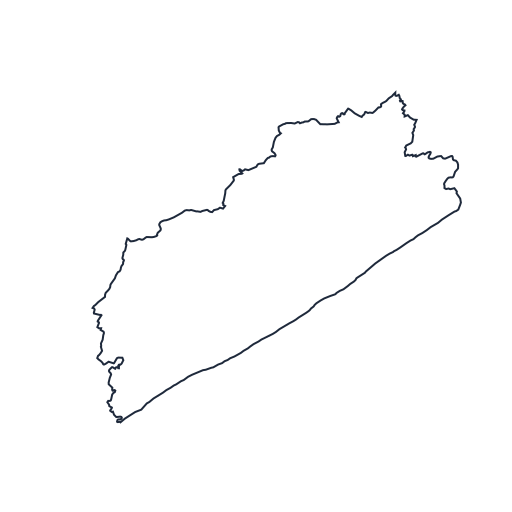 outline of Farafangana, Atsimo-Atsinanana, Madagascar, rotated 49°
{"feature_id": "10022922B75046296685916", "entity_name": "Farafangana", "entity_type": "district", "adm_level": 2, "iso_a3": "MDG", "parent_name": "Madagascar", "parent_adm1": "Atsimo-Atsinanana", "projection": "equal_earth", "projection_center": [47.638, -22.832], "detail": "fine", "context": "isolated", "style": "outline", "palette": "slate", "viewbox_px": 512, "rotation_deg": 49, "n_neighbors": 0, "source": "geoboundaries", "source_scale": "gbopen_adm2", "svg_char_len": 6013}
<svg xmlns="http://www.w3.org/2000/svg" viewBox="0 0 512 512"><g transform="rotate(49 256 256)"><path d="M224.1,43.7L224.3,46.8L224.6,48.3L224.1,52.4L224.5,56.0L224.2,57.8L223.7,59.5L223.4,61.6L223.5,62.2L224.9,63.1L225.3,63.6L225.0,65.2L224.2,66.1L224.6,70.5L224.6,73.5L224.4,74.3L222.4,76.0L221.5,77.7L219.2,78.7L219.0,79.1L220.1,81.5L220.0,83.5L220.4,85.0L218.1,86.1L213.1,87.9L208.6,88.6L205.4,89.6L205.2,89.8L206.5,95.4L207.1,96.1L206.9,96.7L206.1,97.1L205.1,96.9L204.7,97.2L204.4,97.9L204.5,98.9L205.7,100.7L205.4,102.0L204.3,102.3L204.3,103.1L204.6,104.1L205.1,104.8L209.3,105.9L208.6,106.9L207.9,109.9L203.5,115.7L198.7,121.0L192.6,121.3L190.7,122.4L189.9,123.3L188.9,124.6L188.8,127.5L188.6,128.4L186.5,131.0L186.1,132.8L185.4,133.7L184.9,135.2L184.6,135.8L183.3,135.8L182.3,136.6L181.4,139.9L178.7,142.2L175.8,145.7L175.3,146.6L175.3,147.3L174.4,149.1L173.4,153.7L173.6,154.5L176.3,156.5L178.7,157.1L179.7,156.8L179.8,158.8L179.2,161.5L179.6,163.7L181.6,167.6L185.1,172.1L185.8,174.2L186.6,174.9L187.5,175.2L190.5,174.6L192.4,174.9L193.0,175.3L193.3,176.2L191.7,177.7L190.6,179.3L190.3,180.4L190.3,181.8L189.8,182.6L189.8,183.4L190.1,185.8L191.1,189.2L188.5,193.1L188.1,194.2L188.3,195.6L188.9,197.2L186.2,205.4L183.4,207.4L183.4,209.0L182.8,210.7L179.9,211.3L179.7,211.7L180.9,212.4L184.7,212.2L184.6,212.8L182.7,215.4L181.5,221.5L184.0,222.7L184.5,223.3L185.6,228.8L186.0,234.9L186.4,236.0L188.5,238.1L193.2,244.2L194.1,246.3L194.9,246.2L196.0,247.3L198.0,246.5L198.6,249.8L195.9,251.5L195.6,254.1L193.8,257.6L194.1,260.3L192.6,261.6L191.8,261.7L191.1,262.2L189.5,262.3L188.9,262.9L186.8,267.0L186.3,268.9L183.7,271.1L183.2,271.8L178.9,274.6L178.3,275.4L177.9,276.3L175.8,278.3L175.0,280.0L174.8,283.5L172.9,292.7L171.2,297.8L170.1,300.3L168.9,302.0L168.4,303.3L168.0,304.6L167.8,306.1L168.5,308.1L169.1,308.7L172.7,309.8L173.7,310.7L174.0,311.5L174.0,314.9L175.0,316.8L175.6,317.0L175.7,317.9L174.7,320.4L173.6,322.2L170.0,326.0L169.7,327.2L169.6,329.5L169.3,330.8L168.7,331.6L166.6,332.9L166.0,334.2L165.6,336.0L164.4,338.6L162.8,340.9L161.7,341.2L159.0,341.3L158.3,341.6L161.4,346.4L162.3,346.4L162.7,346.7L165.6,350.6L166.1,351.6L166.3,353.8L168.0,355.4L169.9,358.2L171.0,358.6L172.0,358.3L172.8,358.7L173.5,360.4L174.1,360.8L174.9,361.8L175.3,364.0L176.1,365.5L177.5,367.2L178.1,369.0L177.6,370.8L178.7,374.4L180.3,377.2L181.9,383.9L182.3,384.8L183.9,386.6L184.6,388.3L184.9,390.1L185.2,393.6L186.2,395.3L187.8,396.8L187.3,405.3L187.6,409.4L187.4,411.2L188.0,413.4L189.5,412.6L190.7,413.0L192.4,415.6L193.1,416.0L197.8,412.7L198.7,411.6L199.3,411.5L201.1,417.8L201.6,418.5L203.0,418.1L203.5,418.4L205.6,422.4L207.6,421.9L208.9,420.3L209.9,421.8L213.0,420.7L213.8,420.9L214.7,421.7L215.4,423.0L218.6,426.7L220.3,430.4L222.4,431.9L222.7,432.6L226.6,434.4L227.4,437.0L227.8,439.3L227.7,440.6L228.9,442.8L230.7,442.7L233.7,442.0L235.9,441.9L237.5,442.3L238.2,442.0L238.7,440.3L239.1,436.6L243.7,433.8L243.7,433.3L241.9,428.0L242.3,426.6L245.1,423.6L247.6,424.5L249.0,427.9L249.1,428.8L249.0,429.7L248.5,430.1L248.1,430.9L248.3,431.4L248.8,431.0L249.7,432.2L250.8,433.1L250.3,433.6L249.2,433.2L248.3,434.5L248.2,435.1L248.8,436.2L248.7,436.3L245.8,437.2L245.4,437.7L245.6,440.8L245.8,441.7L246.3,442.4L247.1,442.7L249.2,442.6L250.4,443.1L252.0,446.2L254.8,450.2L256.2,451.3L261.1,450.8L262.3,452.1L263.3,452.6L263.7,452.5L264.1,451.0L264.6,450.6L265.3,450.5L266.1,451.9L265.8,453.5L266.2,455.4L268.9,459.0L269.7,460.3L269.7,460.8L269.2,461.7L268.4,462.6L268.8,464.1L271.7,464.4L273.1,465.2L275.8,464.2L276.3,464.9L276.9,467.4L277.3,467.6L279.2,467.1L279.6,466.1L282.7,467.3L285.9,467.1L288.2,463.8L289.1,463.2L289.9,463.3L290.4,463.9L290.5,464.7L290.2,465.6L288.9,467.3L288.9,468.1L289.7,469.4L290.2,469.6L290.7,469.3L291.9,467.4L292.6,467.4L292.7,461.6L294.5,449.5L296.7,443.4L295.6,435.1L296.2,432.3L296.3,426.8L298.1,415.9L298.4,411.6L299.4,407.0L299.8,403.0L300.5,400.6L301.3,394.7L302.2,391.9L302.6,386.5L303.7,382.1L307.4,370.9L308.9,368.5L311.0,363.1L312.0,361.3L313.1,355.7L314.6,351.9L314.8,348.7L315.9,345.6L316.2,342.6L317.7,338.2L319.2,331.0L319.4,327.6L320.4,322.7L320.5,319.8L320.9,315.7L322.2,310.2L322.6,306.7L325.8,294.5L326.4,290.8L326.6,286.3L328.7,274.9L329.7,270.6L330.2,267.4L330.4,264.2L331.8,255.4L332.1,252.4L332.1,250.9L331.7,249.0L331.9,245.6L331.4,243.9L331.3,241.4L332.0,236.2L332.8,232.3L334.9,226.2L336.8,221.5L336.9,220.7L336.7,219.6L337.3,215.6L338.5,211.8L338.9,206.4L338.9,203.3L339.5,198.9L339.4,196.6L338.7,194.9L338.8,193.6L340.1,184.8L339.8,183.4L339.9,170.8L341.2,157.5L341.9,153.5L342.9,150.0L342.9,148.7L343.6,146.0L344.2,141.7L345.0,134.0L345.7,129.2L346.6,126.1L346.5,123.3L346.7,120.1L347.8,115.4L348.5,110.2L348.8,105.2L350.4,96.9L350.5,91.8L351.6,83.8L352.7,77.0L353.4,75.5L353.7,72.9L351.4,68.5L350.1,66.3L346.6,64.2L340.2,63.5L339.1,62.1L335.0,61.8L333.0,65.6L331.4,66.4L330.2,68.6L328.4,69.2L326.6,67.6L325.1,66.9L324.6,66.2L323.8,63.5L323.2,60.8L323.2,59.3L324.4,57.4L325.2,56.7L325.7,55.8L325.6,54.8L323.1,50.5L322.7,47.2L322.4,46.0L319.7,43.6L317.5,42.6L315.2,42.6L313.4,43.9L312.4,44.0L310.0,42.5L309.3,42.4L308.6,43.1L306.7,49.2L306.0,50.0L305.0,50.7L302.1,50.7L301.5,51.4L299.9,53.9L298.9,58.3L297.6,60.1L296.1,61.2L295.2,61.3L294.6,60.9L293.8,59.3L293.4,57.7L292.6,56.3L292.2,56.1L291.5,56.4L290.4,58.5L290.1,61.5L289.8,62.1L288.6,62.2L288.1,62.5L287.8,63.3L286.2,69.9L285.6,70.2L284.6,69.3L283.6,72.1L283.1,71.9L282.8,71.5L282.1,71.6L280.9,74.3L279.2,74.9L278.8,77.4L278.4,77.7L275.2,75.7L274.0,72.8L272.8,72.2L272.0,72.3L271.2,70.1L272.5,65.3L272.3,63.1L267.9,58.0L265.7,57.2L264.9,54.5L263.7,53.8L263.1,51.6L262.6,51.1L260.8,50.5L260.1,48.5L258.6,45.5L256.5,47.6L252.6,48.9L249.3,49.0L248.2,52.3L246.9,51.1L244.7,51.4L244.2,49.2L243.6,48.5L242.1,49.6L241.2,49.6L240.8,48.8L240.3,46.4L240.3,44.3L239.4,44.2L237.9,44.9L237.0,44.9L235.2,43.7L234.7,44.2L234.4,45.2L233.9,45.7L233.2,45.5L232.8,43.9L231.1,43.9L229.3,42.8L228.0,42.5L227.6,44.4L227.1,45.2L226.4,45.5L225.6,45.1L224.1,43.7Z" fill="none" stroke="#1e293b" stroke-width="2"/></g></svg>